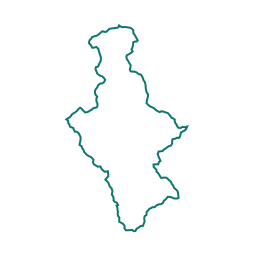 Dom Joaquim, Minas Gerais, Brazil, rotated 166°
{"feature_id": "56859067B12051432209613", "entity_name": "Dom Joaquim", "entity_type": "district", "adm_level": 2, "iso_a3": "BRA", "parent_name": "Brazil", "parent_adm1": "Minas Gerais", "projection": "robinson", "projection_center": [-43.263, -18.933], "detail": "fine", "context": "isolated", "style": "outline", "palette": "teal", "viewbox_px": 256, "rotation_deg": 166, "n_neighbors": 0, "source": "geoboundaries", "source_scale": "gbopen_adm2", "svg_char_len": 3498}
<svg xmlns="http://www.w3.org/2000/svg" viewBox="0 0 256 256"><g transform="rotate(166 128 128)"><path d="M104.5,88.1L104.8,90.4L105.3,92.7L105.5,95.7L104.0,97.7L101.9,97.5L100.1,97.3L98.5,98.4L96.6,98.9L94.7,99.8L92.7,100.5L90.7,100.5L88.9,102.2L88.4,104.4L87.5,106.4L84.7,106.2L82.7,106.7L80.9,106.0L79.4,107.5L77.8,110.8L75.3,111.5L73.2,111.9L71.8,113.1L70.3,115.0L72.4,114.9L74.8,115.8L77.4,115.3L79.1,116.1L79.9,117.8L80.1,119.6L80.9,121.5L81.1,123.3L80.6,125.0L81.8,126.3L83.3,127.4L84.3,130.1L85.5,132.6L87.1,133.7L89.0,134.9L91.4,136.2L93.4,135.7L94.7,136.8L96.4,138.4L98.0,140.9L99.8,142.5L101.3,143.6L102.5,145.1L104.0,147.5L103.2,149.8L102.1,151.8L101.0,153.8L100.5,155.8L101.2,158.1L101.3,161.0L100.9,163.8L100.5,166.0L100.5,168.3L101.3,170.5L101.5,173.0L102.0,175.2L102.8,176.9L104.7,177.8L106.2,179.9L108.1,181.2L109.8,181.5L111.8,182.4L112.0,184.7L110.8,186.5L110.2,188.4L111.0,190.6L111.6,192.8L112.3,194.9L112.5,197.1L111.6,198.8L109.6,199.3L107.2,200.0L105.0,201.1L105.6,203.4L104.3,205.0L103.0,207.3L102.2,209.9L100.4,210.2L98.8,209.8L97.4,210.6L97.8,212.4L98.3,214.1L98.9,216.5L99.9,218.8L99.2,221.6L100.3,223.5L102.0,224.9L103.5,225.5L105.4,226.4L107.2,226.8L108.8,227.1L110.3,227.9L111.9,229.7L112.7,228.2L114.4,227.9L116.7,228.2L118.8,228.4L120.7,228.7L122.6,228.5L124.0,227.6L125.8,226.6L127.8,227.0L129.4,228.1L131.5,227.1L133.9,225.8L136.5,225.1L138.9,225.1L140.9,224.9L142.0,223.6L143.4,222.9L144.6,221.6L145.3,219.7L144.2,217.8L143.3,214.5L141.3,214.2L139.1,214.3L137.6,211.9L137.6,208.9L137.4,206.0L137.2,203.4L137.7,201.0L138.5,199.3L139.8,198.0L141.1,196.3L142.2,194.8L144.5,194.8L145.3,193.1L145.0,190.9L144.6,188.1L142.8,185.8L140.5,184.3L139.3,182.4L138.5,180.4L139.9,178.5L142.1,177.6L144.4,177.8L146.4,176.9L148.0,174.9L149.8,173.5L151.1,172.1L151.5,170.3L151.5,168.1L150.3,165.9L151.6,164.1L152.2,161.6L151.7,159.1L152.2,157.0L153.3,155.5L154.9,155.6L157.0,155.6L158.6,154.6L160.9,154.0L163.4,153.2L165.9,153.5L167.2,155.7L168.2,157.6L169.5,159.2L171.2,158.6L173.1,157.1L174.9,156.2L177.0,155.6L179.2,154.7L181.5,152.7L183.9,151.9L185.7,151.3L184.4,149.7L184.7,147.3L184.0,145.3L184.0,143.4L182.5,142.2L181.0,141.2L181.0,139.4L180.5,137.5L178.5,136.6L177.2,135.0L176.6,132.7L176.2,130.4L176.8,128.4L177.6,126.6L178.5,124.8L179.1,123.2L177.5,121.7L177.3,119.5L176.6,117.7L176.4,115.5L175.4,113.6L174.4,111.9L172.7,110.1L171.0,108.8L170.0,107.3L169.1,105.5L170.4,103.1L169.7,100.8L168.3,99.4L166.7,97.8L164.2,97.4L163.3,94.2L162.3,92.5L160.8,91.0L158.1,91.0L158.2,88.4L158.9,85.8L161.1,84.4L162.5,83.3L161.3,81.6L160.2,79.2L159.9,75.9L158.5,73.2L158.4,70.4L159.8,67.3L159.0,65.1L159.0,63.1L159.6,61.1L158.6,59.5L156.8,58.0L156.3,55.6L157.9,55.5L157.6,53.2L158.0,50.9L158.1,48.8L158.9,47.1L158.9,45.0L158.1,43.1L158.6,41.2L159.2,39.1L157.5,37.7L155.9,36.0L155.0,33.9L155.7,31.7L154.8,29.3L152.8,28.8L151.1,28.5L148.6,28.1L147.4,26.5L145.7,26.3L144.1,28.1L141.4,29.0L139.1,29.9L137.2,29.4L135.6,31.7L134.4,33.6L134.2,36.1L133.3,38.3L131.2,39.1L130.2,42.1L128.3,43.2L126.8,44.4L125.0,44.7L123.5,45.2L121.3,44.7L118.9,46.1L116.4,46.5L114.4,46.1L112.3,46.8L110.7,48.8L108.6,49.6L106.1,51.6L103.7,51.0L101.8,49.6L99.9,48.3L97.6,47.7L95.8,48.0L95.5,50.5L95.2,52.9L95.3,55.1L96.6,57.1L97.8,58.8L98.1,61.1L99.1,63.3L99.5,66.0L100.9,67.6L101.8,69.2L103.0,70.6L105.6,71.3L107.8,71.4L108.5,73.1L109.0,74.9L109.7,77.0L110.8,78.6L110.5,80.4L111.5,82.3L112.5,83.8L112.1,86.4L109.4,86.0L107.4,85.5L106.2,87.6L104.5,88.1Z" fill="none" stroke="#0f766e" stroke-width="2"/></g></svg>